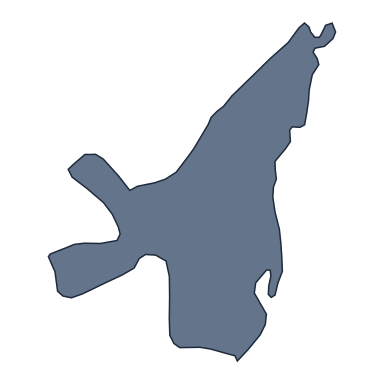 Al-Risafa, Baghdad, Iraq (Natural Earth projection)
{"feature_id": "34846034B3571197787035", "entity_name": "Al-Risafa", "entity_type": "district", "adm_level": 2, "iso_a3": "IRQ", "parent_name": "Iraq", "parent_adm1": "Baghdad", "projection": "natural_earth1", "projection_center": [44.486, 33.326], "detail": "fine", "context": "isolated", "style": "filled", "palette": "slate", "viewbox_px": 384, "rotation_deg": 0, "n_neighbors": 0, "source": "geoboundaries", "source_scale": "gbopen_adm2", "svg_char_len": 1537}
<svg xmlns="http://www.w3.org/2000/svg" viewBox="0 0 384 384"><path d="M68.2,169.3L72.1,177.1L87.1,188.6L103.5,202.6L112.4,214.4L118.4,227.2L120.1,234.0L117.0,240.5L100.3,243.5L84.4,243.2L74.3,244.4L62.7,249.1L50.4,253.9L48.4,256.6L52.1,265.2L55.0,271.7L56.2,280.9L57.6,291.3L61.0,294.3L62.9,296.0L71.4,297.8L82.5,293.9L104.4,283.3L122.3,274.9L134.1,268.1L139.2,258.6L145.5,254.5L155.6,255.1L166.0,261.0L169.3,276.1L169.4,278.7L169.6,296.9L169.3,318.6L169.8,335.2L173.9,343.5L179.7,347.6L200.0,347.3L210.9,349.1L223.5,352.7L235.0,355.8L237.3,361.0L247.6,350.1L256.8,339.0L260.3,334.6L265.3,324.5L266.4,314.2L254.3,293.0L255.7,282.9L261.0,276.5L264.9,272.0L266.6,270.0L270.2,270.2L270.9,276.1L268.8,285.6L268.3,294.4L271.2,297.4L275.0,295.1L277.9,283.1L282.4,271.3L281.8,257.1L280.9,243.8L279.4,229.4L275.0,211.9L272.8,197.0L273.5,186.7L276.4,179.1L275.3,170.3L275.0,161.4L285.6,148.6L290.4,141.6L289.7,130.1L292.1,126.9L300.0,127.3L304.6,124.8L306.6,113.9L308.5,100.7L309.2,89.9L312.3,74.7L318.8,64.6L317.2,58.5L313.1,52.2L315.0,48.2L324.6,46.3L333.0,38.5L335.6,32.0L332.1,23.1L325.6,25.3L323.5,29.7L321.0,34.7L319.4,37.3L314.8,37.3L312.8,34.7L310.7,32.2L308.9,26.9L304.5,23.0L299.0,27.8L292.4,36.8L290.9,38.9L288.2,42.5L270.1,58.6L252.5,75.9L231.9,95.9L223.5,106.4L217.2,111.2L211.1,117.4L208.3,124.3L202.7,133.7L193.9,148.5L188.6,155.9L176.2,172.2L165.3,179.2L154.3,182.9L137.7,186.2L129.8,190.4L118.4,175.8L103.1,158.9L95.5,154.3L90.4,154.5L85.0,154.4L74.5,163.4L68.2,169.3Z" fill="#64748b" stroke="#1e293b" stroke-width="1.5"/></svg>